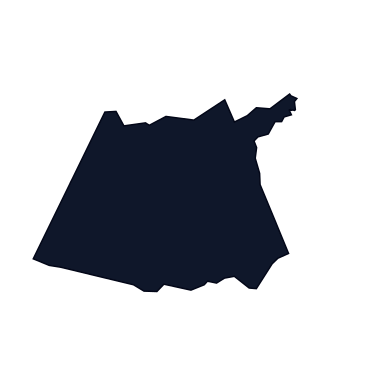 Moore, North Carolina, United States of America, rotated 297°
{"feature_id": "52423323B34987104881159", "entity_name": "Moore", "entity_type": "district", "adm_level": 2, "iso_a3": "USA", "parent_name": "United States of America", "parent_adm1": "North Carolina", "projection": "orthographic", "projection_center": [-79.387, 35.281], "detail": "fine", "context": "isolated", "style": "filled", "palette": "ink", "viewbox_px": 384, "rotation_deg": 297, "n_neighbors": 0, "source": "geoboundaries", "source_scale": "gbopen_adm2", "svg_char_len": 1087}
<svg xmlns="http://www.w3.org/2000/svg" viewBox="0 0 384 384"><g transform="rotate(297 192 192)"><path d="M60.4,80.9L61.8,98.1L65.4,109.2L65.4,109.3L82.8,182.0L81.9,194.2L87.4,205.9L97.1,208.8L104.1,235.6L114.9,245.0L119.6,246.3L119.8,246.5L119.9,246.8L119.8,247.0L119.8,247.3L120.0,247.4L120.0,247.5L119.9,247.6L120.1,248.2L122.0,255.2L130.0,260.0L136.1,268.0L132.4,286.5L135.1,293.2L164.4,296.0L172.0,298.6L181.1,305.9L202.0,281.5L202.2,281.3L202.8,280.6L229.5,249.3L239.3,243.8L250.8,233.0L260.9,229.4L265.6,224.1L271.0,225.7L278.3,233.6L292.4,234.1L295.4,239.9L300.7,240.0L305.9,245.5L309.1,241.4L309.5,241.5L309.7,241.9L309.9,242.1L310.3,242.4L310.2,242.5L309.7,243.0L310.2,244.0L310.9,244.3L311.1,246.1L311.2,246.3L311.7,246.6L312.3,246.7L319.1,242.2L322.9,243.0L322.6,236.5L323.6,234.5L301.5,223.7L296.3,211.1L285.1,206.6L273.6,198.0L289.0,179.3L256.9,161.0L247.5,134.5L232.1,123.7L232.4,119.3L232.5,119.3L232.5,119.2L220.0,101.3L229.3,87.7L223.7,78.1L211.4,78.3L149.6,79.4L145.4,79.4L143.3,79.5L77.4,80.6L60.4,80.9Z" fill="#0f172a" stroke="#020617" stroke-width="1.5"/></g></svg>